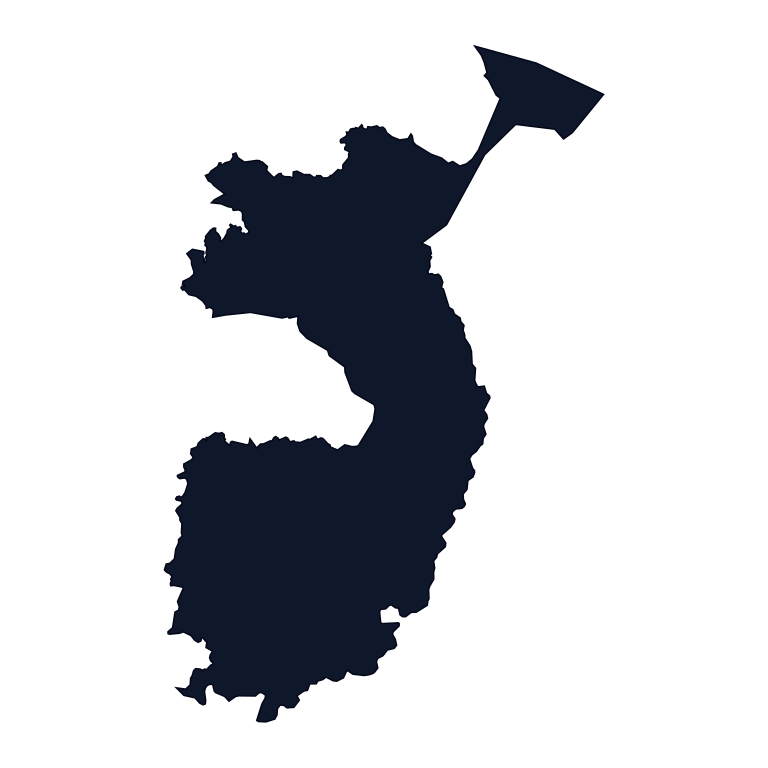 Xochistlahuaca, Guerrero, Mexico
{"feature_id": "50627088B15605967871825", "entity_name": "Xochistlahuaca", "entity_type": "district", "adm_level": 2, "iso_a3": "MEX", "parent_name": "Mexico", "parent_adm1": "Guerrero", "projection": "orthographic", "projection_center": [-98.192, 16.882], "detail": "fine", "context": "isolated", "style": "filled", "palette": "ink", "viewbox_px": 768, "rotation_deg": 0, "n_neighbors": 0, "source": "geoboundaries", "source_scale": "gbopen_adm2", "svg_char_len": 6122}
<svg xmlns="http://www.w3.org/2000/svg" viewBox="0 0 768 768"><path d="M199.9,703.3L203.1,704.8L205.3,704.0L205.7,700.4L204.5,691.5L205.5,687.7L207.6,685.1L211.4,684.1L212.8,685.0L214.2,691.0L215.6,692.6L224.6,696.4L229.0,701.2L235.3,696.7L238.7,695.8L255.4,696.0L259.1,692.7L261.8,692.7L265.5,695.1L265.2,698.1L261.9,704.0L256.7,720.5L258.4,721.5L265.9,721.9L274.8,719.1L277.0,714.9L277.5,708.5L280.2,705.1L284.0,705.4L286.9,707.8L293.8,707.4L299.3,700.2L297.0,695.8L303.8,691.1L307.5,690.3L309.8,683.9L316.4,683.8L317.6,681.1L322.8,679.6L326.1,677.1L333.1,680.8L336.8,681.2L343.5,677.8L346.4,671.4L347.5,670.6L352.9,674.2L364.1,675.5L369.0,674.8L373.3,673.3L374.9,671.8L377.8,668.0L376.4,661.6L377.6,658.5L383.0,655.7L387.4,650.0L394.1,648.4L396.6,645.3L395.3,639.3L392.5,634.1L393.2,631.8L399.1,626.0L399.2,623.5L398.3,622.8L382.1,623.6L380.7,622.6L379.6,611.8L380.7,609.3L385.6,608.9L389.3,605.4L391.3,604.9L395.4,607.8L398.5,608.3L400.1,615.0L402.6,616.7L405.7,616.7L411.1,612.4L416.3,612.2L427.3,605.3L427.8,601.1L429.0,598.6L428.6,589.7L429.7,586.2L433.8,579.2L433.6,572.1L434.7,568.1L433.6,560.9L436.5,557.5L437.5,553.8L445.3,546.8L445.8,543.0L441.7,536.8L441.5,535.2L450.6,527.1L454.2,522.0L454.9,518.8L452.1,514.7L452.4,511.9L455.7,509.0L462.0,508.3L464.2,506.5L465.4,504.0L463.5,499.6L463.1,494.2L467.0,489.4L467.9,480.5L473.0,477.0L474.6,472.7L474.5,470.6L472.6,468.3L469.5,458.9L471.8,454.9L476.3,451.4L480.1,445.9L482.7,443.9L483.2,438.4L485.9,434.2L483.5,426.6L484.0,423.9L487.5,418.4L486.7,414.7L483.6,410.3L489.9,398.0L489.5,395.9L486.4,393.2L484.3,386.1L477.8,386.9L476.0,383.7L474.7,380.6L475.5,368.2L472.1,364.1L471.5,351.4L469.9,345.9L464.7,337.9L464.7,334.7L463.1,330.2L464.0,325.3L460.8,321.6L460.2,318.0L454.4,314.1L452.9,309.7L449.1,307.5L443.4,289.0L441.4,287.7L442.8,282.1L440.6,276.5L438.3,274.2L434.4,275.0L432.0,273.6L428.4,274.0L428.0,271.2L430.1,266.6L429.6,260.6L431.6,257.1L430.2,255.6L430.5,254.2L431.4,253.9L430.1,247.1L421.7,243.2L446.5,224.8L484.7,154.7L515.7,124.4L554.8,129.2L563.6,139.0L572.3,132.7L603.6,94.4L536.3,63.1L474.7,46.1L481.4,55.4L484.2,62.2L487.0,72.6L484.3,75.8L488.4,79.7L496.2,95.1L500.3,98.3L478.5,149.9L472.3,159.1L466.4,163.9L459.7,166.0L452.7,161.5L448.2,163.3L441.7,158.1L431.1,154.2L415.7,144.8L413.3,142.0L412.3,135.9L410.9,133.9L408.0,138.7L399.7,139.9L392.0,136.8L386.8,132.7L384.9,128.9L382.8,127.1L379.4,127.7L377.0,125.8L371.4,127.1L367.8,126.7L367.3,128.7L365.7,129.4L362.3,127.5L362.6,126.0L361.7,124.7L358.3,128.4L355.7,127.5L354.3,129.0L353.4,128.4L350.5,129.1L348.7,132.4L346.4,132.0L346.9,134.8L345.9,136.4L340.6,139.5L340.2,141.5L341.1,143.0L344.7,142.6L346.0,143.5L346.3,145.6L344.8,147.5L344.7,149.5L349.6,151.9L348.6,153.8L348.7,157.7L342.9,164.8L342.6,169.6L339.9,170.2L338.1,169.5L331.5,175.7L330.3,175.4L329.8,176.6L327.1,177.9L323.0,177.9L320.6,175.7L316.7,175.6L316.0,177.2L313.5,177.2L309.7,174.5L304.0,174.6L296.9,171.1L293.3,171.9L292.9,178.2L290.3,176.8L284.4,176.6L281.9,175.4L281.0,173.4L278.8,173.7L273.8,177.7L266.6,170.5L267.4,166.5L261.9,161.7L260.9,162.1L259.7,160.7L256.6,160.4L244.5,162.1L237.9,157.6L235.9,153.0L232.7,154.1L233.2,156.8L230.5,161.2L224.9,162.9L221.5,165.4L220.9,162.9L219.2,162.9L217.6,166.5L211.1,170.9L209.1,173.9L205.4,175.5L208.3,180.8L211.4,182.5L213.7,185.4L224.8,194.1L214.4,199.7L211.4,202.8L220.8,203.8L228.6,206.9L232.1,207.3L233.3,210.4L238.7,209.9L241.4,211.2L242.5,213.5L242.5,220.0L244.5,221.9L245.4,226.7L248.9,230.5L248.6,232.6L245.5,234.4L244.1,233.0L241.8,233.3L240.5,231.4L241.5,228.7L240.0,226.8L237.1,227.5L235.4,225.6L234.1,226.4L230.5,224.2L229.7,225.1L231.1,227.4L227.4,230.2L227.0,233.1L224.0,238.5L221.4,241.0L220.0,241.0L220.5,237.8L218.2,233.9L215.5,231.5L215.6,228.2L213.4,228.1L210.4,230.3L205.5,236.5L205.8,238.3L204.5,240.9L205.5,243.0L205.0,245.4L206.6,246.5L206.9,248.9L206.0,252.5L206.8,255.5L205.7,256.6L206.3,261.4L204.2,262.2L204.3,259.0L202.7,255.9L204.0,253.3L203.6,251.5L192.4,249.3L186.8,253.7L191.4,260.0L191.5,264.1L193.9,271.7L193.7,274.2L189.9,277.9L183.0,281.3L182.5,284.4L184.7,285.1L185.3,286.3L181.9,286.2L181.0,287.9L182.7,290.1L184.6,289.7L188.9,294.6L196.1,296.3L202.6,301.0L206.1,305.8L206.2,308.3L209.9,307.3L212.8,309.0L213.3,311.5L212.6,317.3L225.5,315.0L250.5,312.4L282.1,318.0L288.1,316.7L289.2,318.2L298.1,316.2L297.5,323.6L300.1,331.3L307.0,338.4L327.6,350.3L329.3,355.7L344.8,367.0L345.0,372.2L352.0,390.9L354.8,393.5L374.1,404.7L375.1,409.0L373.2,421.3L358.4,445.5L356.4,446.4L351.9,446.6L344.8,444.8L337.7,450.0L330.5,447.0L330.0,444.9L327.8,443.7L322.9,438.4L320.6,437.9L317.5,439.5L315.7,436.3L309.5,439.7L308.5,439.1L300.4,442.5L295.0,442.0L294.0,440.8L289.9,441.8L287.7,438.1L285.9,437.1L279.1,440.0L278.2,438.2L275.6,436.5L273.8,437.7L271.9,441.2L270.6,440.7L263.7,443.8L260.3,444.1L256.7,448.0L250.0,438.7L248.9,444.0L247.1,444.9L232.0,441.3L230.5,442.3L229.9,444.9L229.1,444.9L224.3,440.8L225.4,439.4L224.3,438.1L224.3,434.7L222.0,432.6L219.1,433.4L215.2,432.8L208.3,437.6L206.2,437.5L206.4,440.7L204.5,438.9L202.9,438.9L198.4,443.1L196.9,446.9L191.3,449.0L190.7,453.9L193.3,457.4L191.3,459.9L183.8,464.0L183.8,467.2L185.2,469.9L184.8,472.0L177.4,475.4L177.6,477.0L179.8,478.7L184.4,478.0L186.6,479.0L187.9,483.7L185.0,492.6L182.7,496.1L180.8,497.4L179.4,496.1L176.7,496.9L175.6,499.0L176.8,500.2L180.6,500.9L182.1,502.3L181.8,504.3L177.4,508.0L175.8,510.7L179.9,517.3L179.9,520.1L181.9,523.5L181.4,532.7L182.2,536.1L178.6,539.4L178.5,543.0L175.7,549.2L174.4,558.9L169.7,563.4L166.2,564.0L164.4,569.9L166.4,572.1L170.1,574.0L172.1,576.9L170.7,578.9L171.3,580.4L170.3,584.0L170.8,585.8L173.7,585.4L183.6,587.4L177.5,601.5L179.2,606.6L178.7,610.1L175.0,612.0L172.6,627.7L168.0,631.7L168.0,633.6L169.5,634.2L179.4,633.3L183.3,631.9L191.0,635.6L194.7,640.3L198.1,642.3L200.9,641.0L201.6,637.7L202.3,637.4L206.8,642.5L206.0,647.5L212.5,651.2L210.2,655.0L209.6,657.8L210.7,660.9L212.6,662.6L212.9,664.5L210.7,665.1L206.5,669.7L204.9,669.0L202.3,670.3L200.3,669.1L195.6,668.6L193.6,670.7L192.2,675.6L190.6,678.2L190.2,684.8L185.7,689.1L176.3,687.8L183.9,695.4L194.9,697.8L199.9,703.3Z" fill="#0f172a" stroke="#020617" stroke-width="1.5"/></svg>